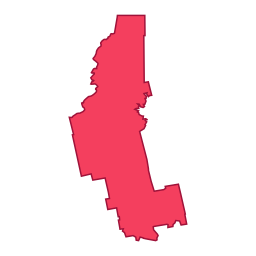 Somerset, Maine, United States of America
{"feature_id": "52423323B50895679426840", "entity_name": "Somerset", "entity_type": "district", "adm_level": 2, "iso_a3": "USA", "parent_name": "United States of America", "parent_adm1": "Maine", "projection": "robinson", "projection_center": [-70.064, 45.576], "detail": "fine", "context": "isolated", "style": "filled", "palette": "rose", "viewbox_px": 256, "rotation_deg": 0, "n_neighbors": 0, "source": "geoboundaries", "source_scale": "gbopen_adm2", "svg_char_len": 2836}
<svg xmlns="http://www.w3.org/2000/svg" viewBox="0 0 256 256"><path d="M117.4,15.4L117.2,17.3L114.5,33.1L114.4,33.3L112.7,33.9L112.3,33.8L111.5,33.7L110.9,33.9L110.5,34.4L110.5,35.0L109.6,36.5L108.8,36.7L108.2,37.0L108.0,37.3L108.0,38.1L107.8,38.4L107.5,38.4L106.8,39.1L106.1,39.6L105.0,39.3L104.0,39.5L103.8,39.6L102.5,40.6L102.2,40.8L100.8,42.7L100.7,42.9L100.8,44.0L101.1,44.3L101.2,44.6L100.9,46.2L100.2,46.7L98.5,47.9L97.1,49.9L96.7,50.8L96.5,51.3L96.4,52.2L96.2,53.4L96.0,53.9L94.9,56.3L93.7,57.8L93.1,58.4L93.2,59.0L94.4,60.3L94.8,60.5L95.0,60.6L95.4,60.9L97.8,63.1L98.0,63.4L97.9,63.9L97.5,65.5L96.8,66.7L96.5,67.5L96.5,67.8L96.7,68.0L96.7,68.6L95.4,68.6L94.9,68.4L93.8,68.8L93.3,69.3L91.4,72.7L91.6,72.9L91.8,73.0L93.0,73.1L93.5,72.9L93.8,72.9L94.3,73.1L94.3,73.5L94.2,74.1L93.0,75.2L90.8,77.8L92.0,80.0L93.0,80.2L93.7,80.4L93.8,80.5L93.5,80.9L92.7,81.5L92.2,81.6L91.7,81.9L91.5,82.2L91.3,83.1L90.8,84.0L91.2,84.2L93.3,84.1L94.1,83.9L94.7,84.0L95.5,84.1L96.6,85.0L97.8,86.3L97.8,86.6L97.7,86.8L96.7,87.5L95.8,88.4L95.7,88.5L95.7,88.9L95.7,89.0L95.9,88.9L96.2,89.2L96.5,90.5L96.6,90.9L96.1,92.2L95.7,92.6L93.8,94.3L91.8,95.7L90.8,96.1L89.6,96.4L88.5,96.6L86.3,98.5L85.0,99.7L84.4,100.3L83.6,101.5L83.4,102.0L83.6,102.1L83.6,102.6L83.3,102.9L83.1,102.9L82.9,102.9L82.7,102.7L81.7,103.0L81.8,104.0L82.7,106.7L83.1,107.2L83.6,107.4L84.3,108.1L84.7,109.8L84.1,110.5L83.2,111.5L80.4,112.9L79.7,113.2L79.0,113.2L78.6,113.2L76.9,113.5L74.5,115.2L73.2,116.0L72.4,116.8L72.4,117.1L71.8,117.5L70.4,117.4L69.3,117.3L73.6,134.6L72.4,134.8L81.4,176.2L91.1,173.9L92.8,180.1L105.1,178.0L108.4,192.4L109.5,198.5L105.7,199.1L107.8,209.5L116.6,207.9L118.2,216.7L119.3,216.6L119.5,218.2L119.6,219.9L118.4,220.1L119.4,225.6L120.0,229.2L123.3,228.8L122.5,231.1L124.5,232.6L126.0,236.8L133.1,235.6L135.8,237.2L136.2,240.2L138.6,240.6L140.1,237.1L143.0,237.8L143.2,238.2L145.9,238.8L150.2,239.6L155.7,240.6L157.0,239.9L156.9,237.9L158.1,235.6L157.4,234.2L153.6,229.8L153.2,226.8L153.7,226.5L155.9,226.1L166.9,224.3L168.0,224.6L167.9,227.5L172.9,226.5L173.1,224.5L174.9,222.9L175.8,220.5L179.6,221.0L181.1,225.0L186.7,224.1L184.8,214.3L185.3,214.1L180.7,193.9L178.4,184.2L165.2,186.4L165.7,188.2L163.8,189.6L154.2,191.2L151.1,181.2L148.5,170.5L148.4,168.6L146.9,159.5L139.6,131.4L144.0,128.7L145.6,125.4L145.0,124.7L146.7,121.8L145.2,120.5L145.8,119.3L147.6,119.9L145.7,118.7L142.9,119.1L143.4,116.1L141.9,116.0L139.1,114.5L138.6,112.5L137.4,111.9L138.5,110.8L134.8,109.3L136.2,108.4L138.8,108.4L138.4,106.8L139.4,105.9L137.6,104.0L139.1,104.1L140.6,106.8L143.1,107.5L144.5,106.5L143.4,104.4L144.8,104.3L146.0,101.1L145.0,98.5L146.1,98.4L146.3,96.4L143.4,93.1L143.9,93.6L147.0,92.8L146.6,93.8L148.3,96.7L149.6,95.6L151.7,95.3L148.3,81.8L144.2,82.5L143.8,35.6L145.0,35.6L144.8,15.4L117.4,15.4Z" fill="#f43f5e" stroke="#9f1239" stroke-width="1.5"/></svg>